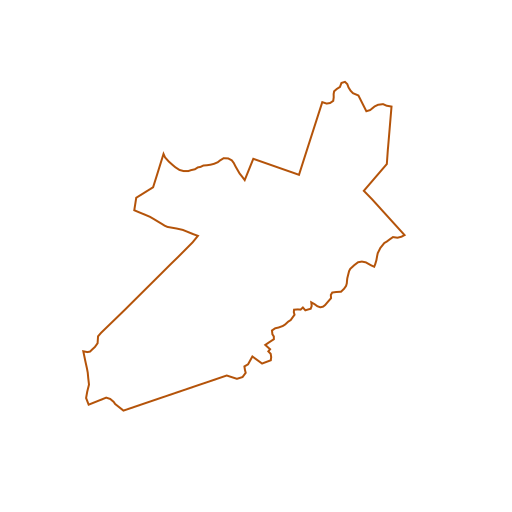 Santa Rita, Maranhão, Brazil, rotated 288°
{"feature_id": "56859067B30412481921116", "entity_name": "Santa Rita", "entity_type": "district", "adm_level": 2, "iso_a3": "BRA", "parent_name": "Brazil", "parent_adm1": "Maranhão", "projection": "natural_earth1", "projection_center": [-44.315, -3.168], "detail": "fine", "context": "isolated", "style": "outline", "palette": "amber", "viewbox_px": 512, "rotation_deg": 288, "n_neighbors": 0, "source": "geoboundaries", "source_scale": "gbopen_adm2", "svg_char_len": 2350}
<svg xmlns="http://www.w3.org/2000/svg" viewBox="0 0 512 512"><g transform="rotate(288 256 256)"><path d="M161.4,302.3L164.5,301.7L167.5,300.2L169.1,297.2L171.7,298.2L173.0,295.2L174.3,292.3L177.9,295.1L182.4,298.7L185.0,297.8L186.6,295.8L190.1,294.2L193.2,296.6L194.9,299.5L197.7,303.1L199.9,304.9L203.5,306.9L205.8,308.8L209.3,309.9L212.0,310.8L214.3,309.3L216.7,308.8L218.1,312.2L218.8,315.0L221.5,316.5L219.6,319.7L221.2,322.0L222.7,324.3L225.7,324.4L229.0,322.9L228.3,326.5L227.2,329.8L227.1,333.0L228.5,335.4L230.7,336.9L233.4,338.0L239.1,340.4L242.1,339.2L244.8,339.8L246.5,343.3L248.3,347.9L252.1,349.9L255.4,350.9L258.1,350.8L260.6,350.2L263.1,349.7L265.9,349.5L270.4,349.2L272.9,349.6L277.7,352.3L281.6,355.0L283.4,358.4L283.9,362.4L283.3,365.3L282.7,368.3L282.3,371.7L284.7,371.9L289.2,371.8L293.5,371.2L296.3,370.9L302.2,371.8L305.3,373.0L308.0,374.0L310.1,375.9L313.1,378.0L316.3,380.4L317.1,384.9L319.3,388.4L321.8,390.8L345.9,348.7L351.3,338.4L383.9,352.0L398.0,348.5L400.7,347.9L417.4,344.0L440.0,338.7L439.3,333.7L439.7,329.9L437.5,325.3L434.9,322.6L430.0,319.4L427.8,316.2L440.3,303.8L440.8,297.9L442.4,294.9L444.9,291.9L447.7,289.7L449.1,286.8L447.0,283.8L442.7,283.6L439.8,281.2L436.8,279.4L434.0,279.8L430.8,280.9L427.4,281.5L424.4,279.2L422.8,276.1L422.8,271.5L364.7,271.7L346.5,271.8L346.7,264.2L346.8,258.9L347.6,223.4L324.7,221.8L327.3,218.1L329.4,214.9L334.8,208.9L337.6,206.1L339.5,203.4L340.2,199.4L339.0,195.0L335.7,192.2L333.4,190.7L330.7,187.6L328.8,184.6L327.2,181.4L325.8,178.0L323.6,175.7L322.3,173.3L319.6,171.1L317.6,167.7L315.8,165.3L314.4,160.9L314.2,156.6L315.5,151.8L316.8,148.6L318.9,143.8L321.7,139.0L324.5,136.5L301.4,136.8L289.6,136.9L274.4,124.1L261.9,126.1L261.5,130.6L260.9,138.4L260.5,143.0L259.6,147.2L258.4,152.3L257.4,156.7L256.6,159.8L256.3,162.8L257.6,172.0L258.2,178.3L257.4,189.2L257.2,194.5L249.4,191.5L230.8,182.1L222.1,177.5L208.4,170.5L170.6,151.1L164.9,148.2L135.1,132.4L130.8,130.6L124.1,132.3L119.7,130.9L116.3,129.0L113.8,127.7L112.5,125.3L112.0,121.2L103.4,126.1L96.6,130.1L93.1,132.0L88.0,134.2L82.1,136.9L74.9,137.4L68.4,138.3L62.9,142.8L75.0,157.3L75.0,161.5L73.3,165.7L71.7,167.8L68.0,177.7L112.4,237.1L133.3,265.1L133.3,275.8L136.7,280.6L141.7,282.3L144.4,280.6L147.4,279.1L150.5,281.9L159.3,283.6L155.6,295.0L161.4,302.3Z" fill="none" stroke="#b45309" stroke-width="2"/></g></svg>